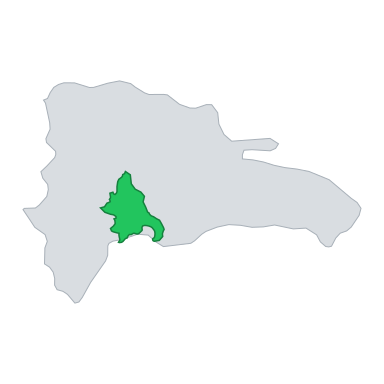 Azua on a map of Dominican Republic (Mercator projection)
{"feature_id": "DOM-1974", "entity_name": "Azua", "entity_type": "Province", "adm_level": 1, "iso_a3": "DOM", "parent_name": "Dominican Republic", "parent_adm1": "", "projection": "mercator", "projection_center": [-70.822, 18.624], "detail": "fine", "context": "in_parent", "style": "filled", "palette": "green", "viewbox_px": 384, "rotation_deg": 0, "n_neighbors": 0, "source": "natural_earth", "source_scale": "10m", "svg_char_len": 2749}
<svg xmlns="http://www.w3.org/2000/svg" viewBox="0 0 384 384"><path d="M44.5,263.9L44.9,247.9L47.3,241.4L45.1,234.6L34.8,227.3L28.6,217.9L23.0,209.6L24.3,208.4L35.4,208.0L39.3,205.0L46.8,196.5L48.3,189.6L47.7,184.4L42.8,178.2L40.9,171.7L46.9,166.0L54.7,157.6L55.8,154.4L55.6,151.3L46.5,142.5L45.9,138.7L50.1,129.2L49.7,122.8L45.5,103.1L43.5,100.1L47.5,98.5L50.2,92.6L53.8,87.4L58.5,84.5L63.9,82.8L74.6,82.9L89.4,87.5L93.6,87.4L107.8,83.2L119.6,80.9L130.7,83.6L135.2,87.1L144.4,92.8L149.0,94.5L163.4,94.4L167.4,94.9L179.5,104.3L189.8,108.0L195.7,108.2L206.4,104.6L211.7,104.7L217.7,112.7L218.9,124.1L224.0,134.5L231.7,141.2L270.0,138.4L278.5,143.8L275.6,148.4L270.2,150.8L252.0,149.7L244.0,150.2L242.4,154.7L242.4,158.9L253.0,159.9L263.5,162.0L274.1,165.3L284.9,167.6L297.1,169.1L309.1,171.5L329.1,179.7L351.2,198.3L357.1,202.5L361.0,208.3L359.1,215.4L351.2,227.1L346.7,230.9L340.2,233.2L335.8,238.0L331.5,246.2L328.8,246.9L325.7,246.5L320.4,241.9L316.6,234.8L306.0,228.1L293.3,228.9L274.6,225.0L263.3,226.9L252.0,227.3L240.5,225.3L228.8,224.6L217.2,227.1L206.0,231.4L201.8,234.2L194.6,240.8L190.8,243.3L163.4,246.6L155.5,241.7L148.2,235.1L137.6,234.2L122.4,239.3L112.8,241.2L108.9,243.4L107.8,245.9L107.7,255.3L105.6,260.9L90.7,282.3L82.3,297.4L78.9,302.0L74.9,303.1L67.5,294.4L62.9,291.3L57.1,289.7L54.6,285.1L54.7,278.5L53.2,272.2L49.6,267.2L44.5,263.9Z" fill="#d9dde1" stroke="#a8b0b8" stroke-width="1"/><path d="M154.2,241.3L153.0,240.6L152.6,239.7L152.8,238.7L153.4,238.2L154.0,237.9L154.5,237.2L154.9,235.3L155.0,233.2L154.7,231.4L154.2,230.3L152.2,227.7L150.9,226.8L148.8,226.0L147.0,225.6L144.7,225.4L142.7,225.9L141.9,227.6L142.2,229.7L142.0,230.5L139.2,233.2L138.5,233.7L137.5,234.0L136.4,233.9L134.5,233.3L133.6,233.3L132.9,233.5L131.6,234.4L130.8,234.6L129.6,234.5L129.2,234.7L128.3,235.6L128.0,236.0L127.4,237.2L127.3,237.6L127.1,238.0L125.8,238.4L125.4,238.6L122.9,241.5L121.6,242.3L119.4,242.6L118.5,242.3L119.9,239.9L119.2,236.8L118.9,234.7L119.1,233.3L116.4,232.7L113.5,231.9L112.3,231.4L111.4,230.8L111.0,229.6L110.5,228.5L113.4,226.1L115.2,223.6L114.9,220.5L114.0,218.9L116.0,218.2L116.0,216.5L113.5,214.8L110.6,214.3L104.9,212.3L100.5,207.9L104.5,206.8L107.0,203.1L108.5,202.6L110.2,201.7L110.0,200.5L109.4,199.4L110.4,198.1L110.5,196.9L109.9,193.2L112.9,192.2L113.7,193.9L115.0,194.5L116.3,193.3L117.0,191.6L117.0,186.6L117.7,181.8L118.8,179.3L121.0,177.7L122.3,176.5L122.7,174.6L124.6,173.6L125.4,171.5L130.3,174.8L131.3,183.8L135.2,189.2L140.9,192.1L144.4,196.3L143.1,201.9L145.7,207.2L147.6,212.1L149.0,212.9L149.7,214.4L151.3,215.9L153.5,216.7L156.5,218.7L159.5,220.2L161.4,223.5L163.5,227.6L164.1,229.4L163.2,231.2L162.4,233.8L162.7,236.5L159.3,240.4L154.2,241.3Z" fill="#22c55e" stroke="#15803d" stroke-width="1.5"/></svg>